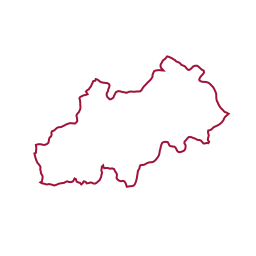 the district of Campos Altos, Minas Gerais, Brazil, rotated 72°
{"feature_id": "56859067B3619402154228", "entity_name": "Campos Altos", "entity_type": "district", "adm_level": 2, "iso_a3": "BRA", "parent_name": "Brazil", "parent_adm1": "Minas Gerais", "projection": "robinson", "projection_center": [-46.195, -19.611], "detail": "fine", "context": "isolated", "style": "outline", "palette": "rose", "viewbox_px": 256, "rotation_deg": 72, "n_neighbors": 0, "source": "geoboundaries", "source_scale": "gbopen_adm2", "svg_char_len": 4254}
<svg xmlns="http://www.w3.org/2000/svg" viewBox="0 0 256 256"><g transform="rotate(72 128 128)"><path d="M158.3,93.4L159.4,91.2L160.1,89.7L161.3,88.9L163.4,88.5L165.5,88.1L166.6,87.1L167.1,85.5L167.0,82.0L165.8,80.2L164.3,79.3L163.0,78.8L161.7,78.6L160.1,79.1L158.5,78.5L157.6,76.9L156.5,75.1L155.4,73.2L156.1,70.8L157.7,69.0L158.8,67.4L160.1,66.3L161.0,65.1L161.6,63.5L162.7,62.4L164.3,61.7L165.9,61.1L166.5,59.8L166.5,58.0L167.3,56.3L166.2,55.1L164.7,55.7L163.4,55.6L162.1,54.8L160.1,53.5L158.2,53.4L156.7,53.2L155.2,52.5L155.4,50.1L154.7,48.1L153.8,46.5L153.5,44.5L153.3,42.5L153.0,40.7L152.4,38.9L151.5,36.9L150.1,34.9L148.4,33.4L147.5,32.3L146.6,30.3L145.6,27.9L143.8,29.5L142.8,30.9L141.5,31.7L140.2,32.2L139.0,32.9L137.1,33.8L135.0,34.3L133.3,34.7L131.7,34.7L130.0,35.1L128.4,35.0L126.6,34.7L124.7,34.1L123.0,33.6L120.4,33.6L118.9,33.8L117.4,34.0L115.2,34.5L113.4,35.4L111.9,36.2L110.6,36.9L109.5,37.9L108.4,39.4L107.7,41.2L107.0,43.1L105.6,44.9L104.2,45.4L103.0,44.6L101.9,43.5L100.8,41.7L99.8,39.9L98.7,38.5L96.8,38.3L95.7,39.5L94.6,40.2L93.1,41.1L91.8,41.8L90.3,42.8L89.5,44.8L89.6,47.0L90.6,48.8L91.6,50.9L91.4,52.7L89.9,53.7L88.2,54.3L86.7,55.0L85.6,56.4L84.3,57.8L83.1,58.2L81.5,59.2L80.5,60.5L79.6,61.6L78.3,62.1L76.7,63.5L75.2,64.7L74.0,66.0L73.0,67.1L72.0,68.6L73.1,70.4L73.9,71.7L74.3,73.3L75.0,74.5L76.2,75.5L77.6,77.3L79.5,78.0L80.8,78.1L82.0,77.5L84.3,76.5L83.5,78.5L82.7,80.0L82.2,82.1L81.9,83.8L82.0,85.5L83.4,86.9L85.1,88.3L86.8,88.8L88.4,90.7L89.5,92.4L90.2,94.0L91.0,95.6L92.1,97.5L93.1,99.5L94.2,101.2L95.2,102.4L96.2,103.6L96.9,105.0L96.5,106.7L95.9,108.5L95.7,109.9L95.3,111.3L94.5,113.3L93.9,115.2L93.9,116.9L94.1,118.5L93.1,120.1L92.3,121.6L91.5,123.0L90.6,124.3L89.9,125.9L90.2,128.4L92.0,130.3L93.3,131.5L94.7,132.6L95.3,135.1L95.1,136.5L93.6,137.3L92.2,138.0L90.5,138.2L88.5,137.6L86.9,135.8L85.0,134.7L83.4,133.3L82.0,132.4L80.4,132.5L79.1,133.6L78.3,135.1L77.6,136.7L76.9,138.2L75.8,139.8L74.4,140.8L72.7,141.9L71.5,143.5L72.9,144.6L72.7,146.6L74.1,147.8L75.2,148.9L77.0,150.4L78.1,152.2L79.0,153.1L79.4,154.9L80.3,156.7L81.9,156.4L83.4,156.0L83.5,157.8L83.2,160.3L83.5,162.1L83.7,163.8L84.8,165.1L86.9,165.1L89.2,165.6L91.4,166.3L93.2,166.7L94.8,167.3L96.2,168.4L97.7,169.8L98.6,171.5L100.0,173.1L101.7,173.4L103.0,173.4L104.3,173.8L105.6,174.0L106.7,175.4L107.4,177.1L106.6,178.8L105.9,180.5L105.4,182.2L105.4,183.9L105.6,185.9L106.0,188.4L106.4,191.4L105.8,193.9L106.0,195.7L107.0,197.8L107.6,199.5L107.6,201.3L108.9,202.4L110.8,202.7L112.2,203.8L112.9,205.5L114.2,206.5L115.8,207.3L117.4,208.2L118.1,209.8L118.4,212.1L117.8,213.9L116.9,215.3L116.3,216.5L115.7,218.2L115.6,220.8L117.4,221.1L119.3,221.6L121.2,222.5L123.1,223.2L123.3,224.9L124.6,225.0L126.2,225.1L127.6,225.2L130.2,225.2L133.1,224.9L134.9,224.1L136.3,223.6L138.0,223.3L139.2,223.7L140.4,224.3L142.1,224.3L144.0,224.8L145.7,224.4L147.4,224.1L149.2,224.7L150.6,225.5L152.3,226.5L152.6,228.1L153.9,227.1L154.9,225.2L156.2,223.5L156.8,221.9L156.9,220.4L157.7,219.0L158.7,217.5L159.9,215.8L159.9,213.8L159.6,210.8L160.0,208.1L160.4,205.8L160.0,203.8L159.9,202.3L161.1,200.9L161.8,198.9L161.8,196.9L160.8,195.7L159.5,194.4L160.6,193.3L163.0,193.5L164.3,192.3L165.2,190.7L167.2,189.9L166.5,188.2L165.1,186.7L166.0,185.0L167.9,184.4L168.2,182.5L168.3,180.0L169.9,178.3L170.7,176.7L170.4,174.7L169.4,172.6L168.7,170.9L167.3,169.7L166.1,168.6L164.9,168.0L163.8,167.4L162.5,166.4L161.1,166.5L159.5,166.3L158.1,165.3L156.7,164.9L155.9,163.2L157.4,163.4L158.9,163.0L159.2,161.3L160.0,159.2L161.2,157.8L161.4,155.7L162.7,154.0L164.8,153.7L166.3,153.3L167.6,152.9L169.2,153.0L170.5,153.6L171.8,154.3L173.6,154.0L175.4,152.7L176.5,151.0L176.6,149.4L177.3,148.2L178.6,147.6L180.2,147.3L181.9,147.3L183.5,147.3L183.8,145.4L184.1,143.7L184.5,141.9L184.4,140.1L183.5,138.8L182.3,137.7L180.7,136.5L178.8,135.3L177.4,134.6L176.0,133.9L174.7,133.2L173.5,132.6L172.0,131.9L171.1,130.9L170.2,129.8L168.4,128.8L167.2,127.7L167.5,126.1L167.9,124.6L167.8,123.1L167.4,121.3L167.2,119.5L167.4,117.9L167.9,115.8L167.9,113.9L167.2,112.2L166.4,110.7L165.2,109.0L163.8,107.3L162.4,106.3L160.9,105.5L159.1,104.6L157.5,103.4L156.0,102.7L154.3,101.5L152.7,100.1L152.4,98.2L152.8,96.4L153.7,94.6L155.6,94.2L157.1,94.1L158.3,93.4Z" fill="none" stroke="#9f1239" stroke-width="2"/></g></svg>